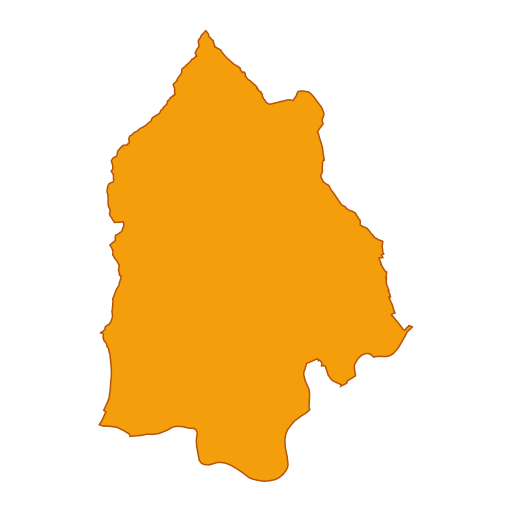 Rapoltu Mare, Hunedoara, Romania
{"feature_id": "2599482B38890136651952", "entity_name": "Rapoltu Mare", "entity_type": "district", "adm_level": 2, "iso_a3": "ROU", "parent_name": "Romania", "parent_adm1": "Hunedoara", "projection": "mercator", "projection_center": [23.103, 45.901], "detail": "fine", "context": "isolated", "style": "filled", "palette": "amber", "viewbox_px": 512, "rotation_deg": 0, "n_neighbors": 0, "source": "geoboundaries", "source_scale": "gbopen_adm2", "svg_char_len": 6004}
<svg xmlns="http://www.w3.org/2000/svg" viewBox="0 0 512 512"><path d="M412.8,326.6L411.8,327.0L411.1,326.3L410.2,326.2L409.5,325.7L409.3,325.7L409.6,326.1L409.0,326.1L409.3,325.9L409.0,325.7L408.5,326.1L408.5,326.4L406.4,328.0L404.9,330.1L403.2,329.4L402.7,328.9L401.7,327.2L394.4,318.2L391.3,314.7L393.3,313.4L395.0,313.0L393.4,308.8L392.9,307.2L392.8,306.4L392.0,304.2L388.9,297.6L389.8,297.7L389.4,296.7L390.5,296.5L389.8,294.4L388.3,291.0L389.0,290.7L387.0,285.7L386.4,283.6L386.2,279.2L386.4,279.1L386.2,278.5L386.5,277.6L385.7,277.3L386.4,275.4L386.6,272.0L386.2,272.1L385.6,271.6L384.2,269.8L382.2,266.4L381.4,264.6L381.1,264.2L380.7,264.3L381.0,263.2L380.8,262.7L379.6,259.6L378.9,258.4L378.8,258.1L379.6,257.9L382.8,257.6L381.6,254.9L383.7,253.9L382.9,252.8L382.5,248.6L382.2,247.5L382.2,245.6L382.6,243.3L382.6,241.7L382.8,241.5L381.4,240.7L378.4,239.7L376.5,238.5L374.9,237.9L374.2,236.9L373.4,236.4L373.1,235.3L371.5,233.9L368.5,229.8L366.5,228.0L362.6,226.5L362.6,226.3L360.4,225.3L360.1,224.3L360.4,222.6L359.9,219.8L358.6,218.8L358.0,217.4L356.5,215.2L355.4,213.0L352.3,211.3L349.5,210.4L347.1,208.9L346.2,208.3L345.7,207.1L342.0,205.0L340.9,203.9L332.6,191.6L332.2,191.3L330.3,188.7L329.8,187.2L328.6,185.4L327.9,184.8L326.5,184.2L323.6,182.1L321.2,177.8L320.8,175.4L321.9,173.2L322.5,170.6L322.2,167.9L322.2,167.1L322.5,166.3L322.5,162.6L322.6,162.1L323.5,160.4L324.2,160.2L324.1,159.7L324.3,159.0L323.6,158.0L323.8,156.5L323.2,154.1L322.5,147.7L320.2,139.8L319.9,139.4L318.4,133.6L317.4,132.0L319.6,128.6L322.5,124.8L323.1,123.5L322.5,121.9L322.2,119.7L322.3,119.0L323.2,116.9L323.9,114.5L323.9,113.6L322.2,108.6L321.1,106.7L314.4,97.7L312.1,95.0L310.1,93.0L308.3,91.8L302.4,91.0L299.8,91.1L298.1,91.6L297.5,92.3L296.3,95.8L292.9,100.5L289.3,99.8L287.5,99.9L282.2,101.4L281.1,101.3L277.0,102.6L269.8,104.2L268.7,103.9L266.5,102.6L265.7,101.8L264.8,99.8L264.2,99.4L263.5,98.5L262.3,96.0L262.3,94.2L262.1,93.9L261.1,93.1L261.0,92.0L258.7,90.6L257.8,88.8L257.1,88.7L257.0,88.3L257.2,87.9L256.8,86.9L255.4,85.3L253.8,84.4L253.4,83.5L252.4,82.9L250.1,80.6L248.1,79.6L247.4,78.4L246.8,78.0L245.3,75.8L245.4,74.1L245.3,73.5L244.4,72.3L243.9,72.0L242.5,72.5L242.2,72.3L241.9,71.4L240.6,70.3L240.2,69.1L240.4,68.7L239.9,68.3L239.8,67.6L233.6,64.0L225.7,56.8L222.6,53.0L220.5,49.9L216.1,47.4L215.0,46.4L214.7,46.7L214.2,44.1L213.4,42.9L213.5,41.0L212.8,40.1L211.8,39.7L209.8,37.2L208.9,36.6L208.6,36.0L208.5,34.4L208.2,33.7L205.9,30.7L204.5,31.9L204.3,32.7L202.5,34.0L200.8,36.3L200.1,38.4L199.5,38.8L198.6,40.0L198.3,41.3L198.9,46.0L198.9,46.7L197.3,48.7L196.0,51.1L195.4,52.3L195.2,53.4L195.5,53.5L195.6,54.1L196.4,55.2L196.1,56.0L196.7,56.2L196.5,56.4L195.7,56.5L194.1,58.2L193.0,58.8L192.2,58.9L190.5,61.4L186.8,64.8L186.2,65.1L186.1,65.6L185.5,66.2L182.4,68.5L181.6,70.4L181.7,72.6L181.1,73.7L178.0,77.9L177.3,79.1L176.7,81.1L174.4,83.1L173.2,84.5L173.7,86.5L174.6,88.0L174.6,91.8L174.7,92.0L174.5,92.4L175.2,94.4L173.6,95.8L173.3,95.4L173.1,96.1L172.1,96.3L171.6,97.2L170.4,97.5L170.2,98.2L168.6,100.3L167.5,101.0L167.3,102.7L166.6,104.4L163.2,107.5L163.1,108.6L162.9,108.9L161.2,109.9L159.8,112.7L159.2,113.6L152.7,117.5L151.7,119.0L150.6,121.5L149.2,122.3L147.6,123.6L146.7,124.6L144.0,126.5L140.1,128.5L137.2,131.1L134.4,132.4L132.4,134.4L129.6,136.3L128.7,139.4L128.8,140.0L129.4,141.6L129.4,142.2L129.0,142.8L128.0,143.3L127.9,144.2L127.6,144.6L126.4,145.1L123.3,145.3L121.9,146.3L118.1,150.6L117.7,151.3L117.5,151.9L117.2,154.8L116.8,155.8L116.1,156.6L114.3,157.3L112.8,158.4L111.3,160.8L112.6,165.1L112.8,166.5L112.9,168.7L111.2,171.2L113.3,174.3L113.5,177.5L113.4,179.0L113.8,180.5L113.1,181.9L109.8,183.3L108.8,184.0L107.6,186.8L107.6,188.3L107.1,189.6L107.1,191.9L108.1,195.7L108.1,204.4L108.6,206.9L110.2,209.9L109.5,214.5L114.4,222.5L123.2,221.9L123.5,222.2L123.9,225.7L122.8,228.0L121.8,231.3L121.2,231.9L119.8,232.5L118.9,233.6L117.4,234.5L116.3,234.7L115.7,235.2L115.4,235.9L115.2,237.2L115.3,240.6L110.8,244.2L109.9,245.1L111.6,247.7L113.1,251.4L113.1,252.4L112.8,253.1L112.7,255.0L114.0,256.8L114.3,257.7L117.0,261.1L118.3,263.9L118.9,264.5L119.2,265.2L118.5,270.7L118.7,270.9L119.6,275.4L120.9,275.6L120.9,278.0L119.3,283.3L119.2,284.9L116.6,289.1L114.8,293.4L114.5,294.5L112.6,299.2L113.1,300.9L112.8,303.1L112.8,305.2L112.4,307.3L112.5,307.9L112.3,309.7L111.9,310.8L112.1,312.5L112.3,312.9L112.2,313.4L112.5,315.0L112.4,316.5L112.3,317.7L111.4,320.0L111.2,321.2L109.2,324.0L109.3,324.2L107.3,325.2L105.3,326.7L105.1,328.5L104.6,329.7L103.1,331.3L101.9,332.1L100.9,332.3L100.5,332.8L100.9,333.1L102.1,333.0L103.0,333.4L103.3,333.9L103.0,337.3L104.0,340.6L106.4,343.5L106.8,344.8L106.9,346.5L108.6,348.5L109.0,351.8L109.9,353.9L111.2,367.1L111.4,372.3L111.3,377.3L110.8,380.5L110.2,389.8L109.1,397.7L107.9,401.4L103.7,410.3L105.9,411.8L101.4,421.6L99.2,424.7L103.3,426.1L108.0,426.1L117.0,427.3L123.9,430.7L129.0,433.8L130.1,436.4L141.3,435.4L146.6,434.2L152.6,434.4L158.9,433.5L166.8,430.4L172.9,427.0L176.8,426.3L182.2,426.6L188.0,428.0L194.0,428.5L196.2,430.1L197.3,433.0L196.3,439.9L196.6,445.9L199.2,460.2L201.6,463.4L204.1,464.5L209.2,464.9L217.3,462.5L220.6,462.4L224.8,463.0L229.5,464.6L236.0,468.2L243.3,473.1L249.3,477.8L252.4,479.0L257.2,480.2L264.1,481.3L269.9,480.7L275.2,479.6L279.3,477.5L283.2,474.3L286.0,470.5L287.5,467.7L288.0,464.3L287.1,456.4L285.4,448.0L285.0,443.3L284.9,439.4L285.9,433.8L287.7,429.6L289.9,426.5L294.5,421.0L301.2,416.0L305.0,413.7L308.1,411.3L309.8,409.6L309.0,407.6L309.6,394.0L309.2,391.0L309.3,390.2L305.2,380.7L303.8,375.1L303.7,372.7L306.0,365.6L306.4,363.6L317.4,358.7L318.5,360.7L319.5,360.1L321.6,362.3L321.8,363.8L321.5,365.9L323.1,365.7L325.2,365.9L328.1,374.9L331.0,379.2L333.2,381.0L341.3,384.8L340.8,386.2L346.6,383.3L347.4,380.9L355.6,375.8L354.7,370.8L354.3,365.2L357.6,359.1L359.2,357.4L362.5,354.7L366.0,353.5L369.2,353.7L372.1,355.5L373.6,357.1L378.3,356.3L386.1,356.6L389.1,355.9L392.5,354.2L394.2,352.6L398.5,347.6L404.9,336.4L407.2,331.9L412.8,326.6Z" fill="#f59e0b" stroke="#b45309" stroke-width="1.5"/></svg>